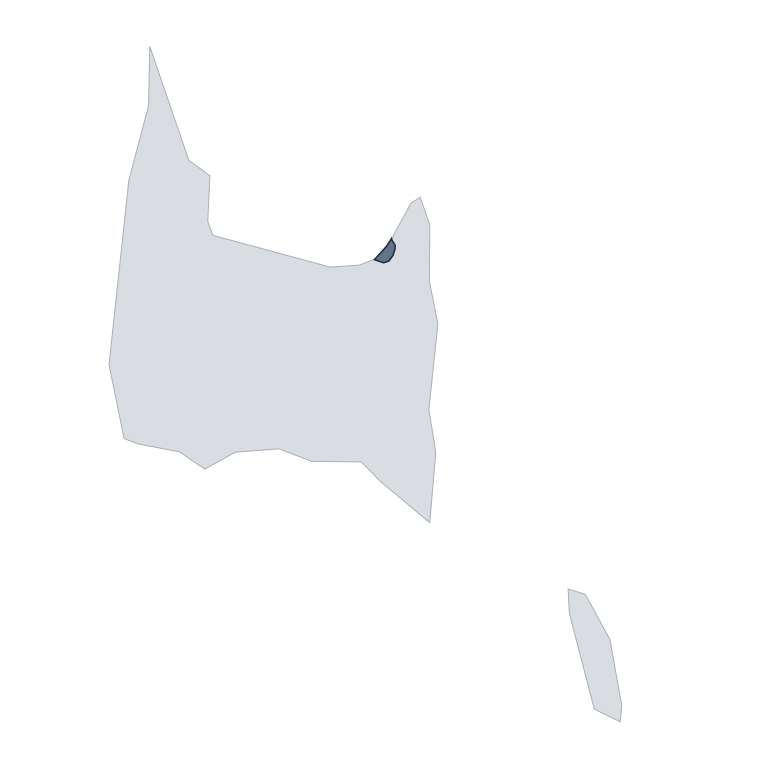 Port of Spain on a map of Trinidad and Tobago (orthographic projection), rotated 98°
{"feature_id": "TTO-64", "entity_name": "Port of Spain", "entity_type": "City", "adm_level": 1, "iso_a3": "TTO", "parent_name": "Trinidad and Tobago", "parent_adm1": "", "projection": "orthographic", "projection_center": [-61.515, 10.657], "detail": "fine", "context": "in_parent", "style": "filled", "palette": "slate", "viewbox_px": 768, "rotation_deg": 98, "n_neighbors": 0, "source": "natural_earth", "source_scale": "10m", "svg_char_len": 820}
<svg xmlns="http://www.w3.org/2000/svg" viewBox="0 0 768 768"><g transform="rotate(98 384 384)"><path d="M474.2,633.8L403.1,659.0L217.9,665.0L141.2,655.9L82.3,662.9L189.5,608.5L202.1,585.4L247.7,581.1L260.6,574.2L275.7,453.8L269.8,425.2L260.8,409.4L242.4,398.0L201.1,382.4L194.1,374.1L220.1,360.8L275.7,353.4L317.1,339.0L403.0,336.0L444.6,323.2L515.0,319.4L480.5,374.7L464.3,395.4L470.7,445.1L462.8,478.9L472.1,521.6L493.2,549.6L479.6,577.2L477.6,618.9L474.2,633.8ZM585.1,168.6L561.4,173.1L564.2,155.4L605.7,124.6L669.5,103.8L685.7,103.0L676.7,130.5L585.1,168.6Z" fill="#d9dde1" stroke="#a8b0b8" stroke-width="1"/><path d="M262.2,410.8L247.7,400.9L238.8,396.8L240.6,396.0L245.2,392.2L248.9,391.9L255.3,392.9L261.5,396.2L263.2,399.5L264.0,401.4L262.2,410.8Z" fill="#64748b" stroke="#1e293b" stroke-width="1.5"/></g></svg>